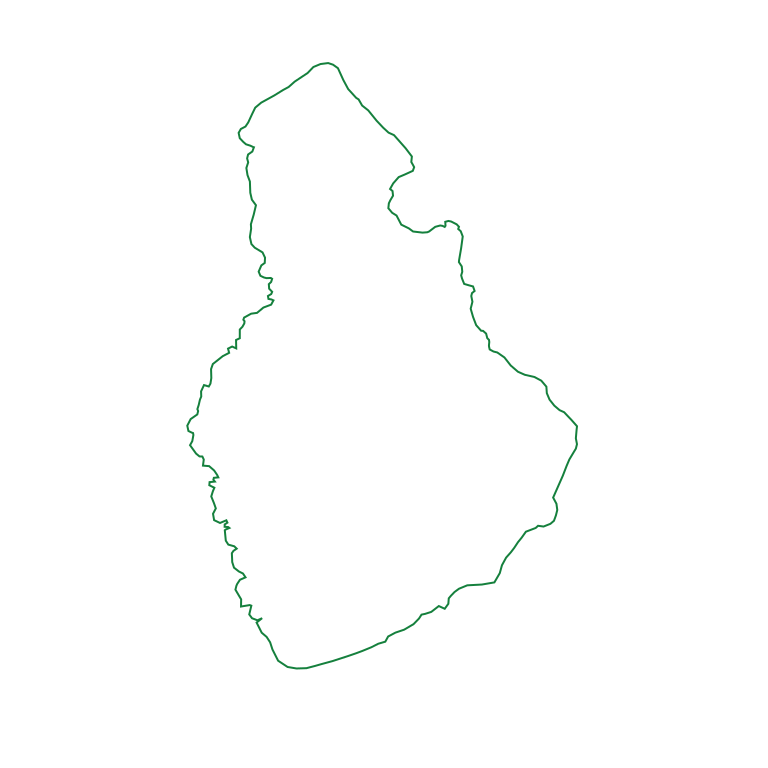 Rumung, Federated States of Micronesia, rotated 194°
{"feature_id": "79324940B97331149389793", "entity_name": "Rumung", "entity_type": "district", "adm_level": 2, "iso_a3": "FSM", "parent_name": "Federated States of Micronesia", "parent_adm1": "", "projection": "orthographic", "projection_center": [138.155, 9.624], "detail": "fine", "context": "isolated", "style": "outline", "palette": "green", "viewbox_px": 768, "rotation_deg": 194, "n_neighbors": 0, "source": "geoboundaries", "source_scale": "gbopen_adm2", "svg_char_len": 3843}
<svg xmlns="http://www.w3.org/2000/svg" viewBox="0 0 768 768"><g transform="rotate(194 384 384)"><path d="M449.9,121.7L442.5,113.1L436.7,110.2L432.0,105.8L428.0,99.4L419.8,89.9L409.1,86.1L400.1,86.8L390.5,89.5L382.8,93.7L376.9,97.1L366.9,102.7L353.3,111.2L345.9,116.0L340.5,119.7L332.6,125.5L326.7,130.6L320.4,134.3L318.9,140.0L312.8,145.5L305.0,150.5L297.2,158.2L293.3,164.9L291.8,169.3L288.5,170.9L283.0,174.3L277.1,181.8L270.7,180.6L268.4,186.3L269.3,191.7L267.9,194.6L265.2,199.3L261.7,203.5L254.5,208.8L240.5,213.1L228.9,218.2L225.9,228.5L225.7,236.7L223.5,245.1L220.2,251.4L218.0,256.5L215.7,263.0L213.3,268.1L210.6,275.0L202.0,281.0L200.2,283.7L194.7,284.3L188.7,288.6L186.0,292.4L185.4,298.1L185.4,303.7L187.7,309.5L192.4,314.7L188.3,338.3L187.0,348.7L185.9,355.6L183.3,364.2L182.2,367.7L182.2,372.3L184.7,377.7L186.0,385.8L186.5,389.7L193.6,394.6L197.1,396.8L202.4,400.2L207.3,401.1L213.5,404.2L219.6,408.9L223.8,414.5L225.8,420.7L232.2,425.3L239.8,427.2L249.6,427.0L257.0,428.3L265.5,432.6L273.6,438.9L281.7,442.0L285.6,442.0L289.8,443.1L291.0,445.4L291.5,446.8L292.0,450.2L292.8,452.2L294.9,453.5L297.1,457.6L300.7,459.5L302.7,459.2L308.8,463.4L313.8,470.6L318.1,478.0L318.1,485.2L320.6,490.5L320.6,493.5L318.6,496.2L321.2,500.2L325.5,500.3L330.4,500.5L333.8,505.2L335.4,508.1L335.2,511.8L337.0,516.9L340.8,520.4L341.1,522.3L342.0,534.3L343.3,546.2L346.5,550.8L349.5,552.4L349.3,554.7L352.1,556.5L358.1,557.9L360.9,557.8L363.8,556.2L362.6,552.4L363.1,551.1L365.5,551.6L367.8,551.4L372.3,548.9L377.1,542.9L378.7,541.7L383.3,540.2L392.7,539.0L397.5,541.0L405.8,542.8L412.6,550.5L417.5,552.1L422.3,555.6L423.0,560.5L422.3,563.9L420.8,568.9L422.4,573.3L425.3,574.7L423.6,580.9L419.8,588.3L414.5,592.3L411.1,595.0L407.6,597.8L407.2,601.7L409.2,603.9L411.2,606.0L412.0,611.5L420.1,618.0L434.5,627.9L440.4,629.0L446.8,632.5L454.9,637.7L465.5,645.7L472.6,648.9L474.5,650.9L477.5,654.0L480.2,654.9L490.1,661.5L497.0,669.1L505.1,679.3L510.7,681.5L515.8,681.9L523.0,679.1L529.2,674.5L533.4,667.2L537.8,662.4L543.8,655.8L548.4,649.1L553.1,644.8L560.3,637.4L571.2,627.3L575.8,621.0L577.2,614.4L579.0,605.0L580.7,600.3L584.6,596.8L585.8,592.5L583.4,587.6L579.2,584.9L575.9,583.2L571.3,582.9L568.0,582.2L567.5,582.2L568.0,577.7L571.4,573.8L571.4,569.8L569.4,566.2L569.8,560.3L567.0,553.7L563.1,548.0L560.0,537.2L556.8,530.9L551.5,526.5L551.4,516.7L551.8,506.8L550.5,502.6L549.7,494.1L546.5,487.7L542.4,485.0L533.7,482.3L530.0,477.8L529.0,472.6L531.7,469.4L532.8,462.7L530.1,459.1L526.2,458.3L523.6,458.3L519.5,459.5L518.0,459.0L518.2,455.7L519.9,453.0L518.5,448.7L514.8,446.4L515.2,444.0L517.9,441.3L516.7,438.6L513.7,438.8L511.5,438.4L512.7,433.7L519.5,429.0L524.4,422.3L529.9,420.1L535.8,414.6L536.0,412.3L534.5,411.2L534.2,409.0L535.2,405.3L537.1,402.0L535.0,393.5L538.2,390.9L536.0,382.8L540.4,383.6L543.9,380.6L541.8,376.8L547.2,372.0L554.9,362.0L555.4,356.6L553.0,348.0L552.5,342.4L553.4,339.2L558.4,339.4L559.7,332.6L558.3,327.6L558.8,324.3L558.7,318.8L559.0,314.5L557.8,312.8L557.8,311.8L557.8,309.3L563.1,303.2L564.8,296.0L562.4,291.1L558.6,290.3L557.4,290.2L556.6,288.4L556.2,282.2L557.4,277.7L549.5,271.0L545.5,269.1L542.7,269.7L540.6,267.1L539.9,261.0L533.8,262.0L527.9,259.0L523.8,255.3L522.2,253.3L526.4,251.8L526.4,249.9L524.5,248.4L529.5,246.6L529.0,243.5L523.5,242.3L524.1,238.5L524.4,233.1L520.2,227.3L517.1,222.6L518.5,216.7L515.9,210.8L509.5,209.5L504.0,213.6L502.4,211.6L504.6,209.2L504.1,206.9L500.5,207.5L499.2,206.9L502.4,204.5L503.1,203.6L499.6,193.7L496.2,190.5L490.0,190.3L487.1,188.6L489.7,185.7L490.7,183.0L488.9,177.0L488.2,174.5L485.1,169.5L479.5,167.0L475.0,166.0L472.8,164.0L471.6,162.9L476.4,159.2L478.1,154.4L478.4,152.5L478.4,148.5L473.2,143.2L470.5,140.5L468.9,133.5L460.8,137.0L459.1,136.8L459.0,127.8L455.4,124.8L449.6,124.1L445.6,127.3L449.9,121.7Z" fill="none" stroke="#15803d" stroke-width="2"/></g></svg>